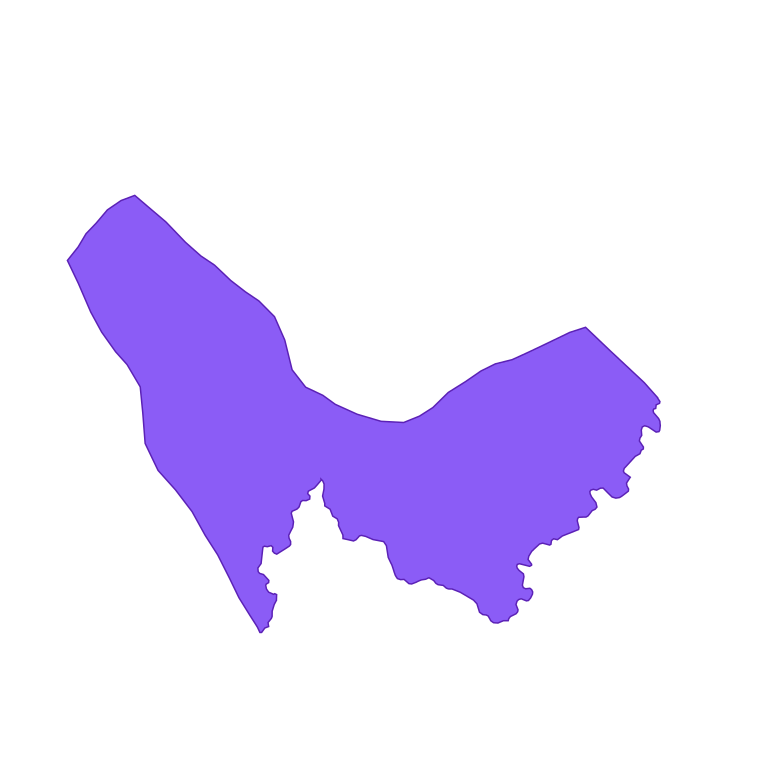 La Nya Pendé, Logone Oriental, Chad (Robinson projection), rotated 339°
{"feature_id": "50815135B51143570982343", "entity_name": "La Nya Pendé", "entity_type": "district", "adm_level": 2, "iso_a3": "TCD", "parent_name": "Chad", "parent_adm1": "Logone Oriental", "projection": "robinson", "projection_center": [16.781, 7.997], "detail": "fine", "context": "isolated", "style": "filled", "palette": "violet", "viewbox_px": 768, "rotation_deg": 339, "n_neighbors": 0, "source": "geoboundaries", "source_scale": "gbopen_adm2", "svg_char_len": 4851}
<svg xmlns="http://www.w3.org/2000/svg" viewBox="0 0 768 768"><g transform="rotate(339 384 384)"><path d="M309.7,358.9L303.3,337.8L307.1,307.4L305.9,281.9L297.0,261.7L287.5,248.1L278.0,232.4L268.4,212.3L258.9,198.8L249.4,180.5L238.5,154.6L226.7,133.0L218.9,118.6L204.3,118.5L188.2,122.3L172.9,130.7L159.7,136.9L147.5,146.5L132.7,155.2L134.7,180.3L136.0,211.8L139.0,234.4L145.0,257.8L151.1,273.8L155.4,299.3L148.4,324.7L139.7,353.9L142.1,383.7L151.4,408.1L159.1,434.4L162.8,461.1L167.5,483.9L170.2,510.4L172.0,531.6L174.9,546.7L175.9,551.9L178.0,562.1L178.7,565.8L179.1,571.5L179.3,571.6L180.7,572.1L185.3,569.1L189.4,569.1L189.9,566.7L190.3,565.1L191.7,564.3L191.9,564.2L194.8,562.5L195.5,561.8L196.3,560.8L197.1,558.7L197.4,558.0L198.2,556.0L202.5,550.5L204.8,548.5L205.9,547.5L206.0,547.5L208.3,542.1L207.2,541.0L206.9,540.6L205.9,540.7L205.6,540.8L205.2,540.4L201.7,537.0L201.1,534.5L200.8,533.3L201.4,529.6L202.0,529.0L202.3,528.6L205.1,528.1L206.1,526.1L203.2,518.7L200.0,516.2L199.3,514.1L200.3,510.6L204.9,507.6L209.9,497.9L212.5,492.9L213.5,492.7L214.1,492.5L216.8,494.1L217.7,494.2L218.1,494.2L220.7,494.5L221.2,495.5L221.7,496.6L220.1,500.1L220.9,502.3L221.1,502.7L221.9,503.4L222.9,504.4L232.5,502.5L237.6,501.4L239.3,500.4L240.4,497.5L240.1,494.1L240.5,492.3L240.9,491.0L244.1,488.0L247.5,485.0L248.9,482.5L250.1,480.3L251.1,471.4L252.5,469.9L253.7,469.8L256.3,469.7L258.3,469.5L259.3,469.0L260.6,468.4L264.2,464.1L266.3,463.6L269.5,465.0L273.4,464.8L273.8,463.9L274.7,462.1L274.0,460.4L273.5,459.0L273.6,458.8L274.9,457.0L276.0,456.8L281.8,456.1L285.7,454.1L290.8,451.3L291.1,450.3L291.9,452.1L292.1,452.6L292.2,455.9L290.3,460.6L286.5,466.6L285.9,474.4L285.4,475.5L285.0,476.6L288.8,481.6L288.8,486.3L288.8,489.0L290.1,490.7L292.0,493.1L292.1,496.9L291.3,498.7L290.8,499.9L291.5,510.2L290.7,512.6L290.3,513.6L294.6,516.4L299.3,519.6L300.5,519.5L302.0,519.4L305.2,517.8L305.5,517.6L306.7,517.0L308.8,517.3L310.2,518.3L312.3,519.7L318.0,525.3L327.2,531.0L328.3,535.8L325.8,547.4L326.3,554.1L326.4,554.5L326.5,556.2L326.3,560.4L326.1,563.3L326.0,566.6L326.3,568.4L326.8,570.5L329.4,572.6L332.7,573.6L333.4,574.9L335.7,579.3L338.2,580.6L339.9,580.6L342.2,580.6L343.0,580.6L344.7,580.4L346.7,580.3L347.7,580.3L348.8,580.3L352.9,581.2L355.8,581.0L356.6,581.0L358.4,583.3L360.0,585.3L361.0,588.7L362.5,590.7L367.2,593.3L367.9,594.8L368.4,595.7L369.0,596.9L370.7,598.4L372.6,599.2L374.1,599.8L377.8,603.2L380.6,605.8L390.2,617.9L390.6,619.0L392.0,622.5L391.5,629.7L391.4,631.3L393.6,634.7L396.7,636.3L398.1,637.9L398.6,641.3L398.7,641.9L398.8,643.2L399.3,644.0L400.7,646.1L403.0,647.2L404.4,647.8L404.7,648.0L406.7,647.9L410.7,647.8L415.2,649.5L415.9,648.4L416.5,647.7L418.7,646.4L425.0,645.8L426.7,644.8L427.2,644.5L427.6,643.8L428.2,642.9L428.2,637.2L430.3,634.5L430.4,634.4L430.9,634.2L432.4,633.5L435.1,633.7L438.5,636.8L439.2,637.5L441.3,637.9L443.1,636.9L444.2,636.3L447.3,633.4L448.0,632.0L448.3,631.4L448.2,630.0L448.1,628.8L447.3,627.5L447.0,627.0L442.8,625.9L441.5,624.5L441.1,624.0L441.1,622.4L441.1,621.4L442.7,618.8L445.5,614.2L445.6,613.9L446.1,611.2L443.3,606.4L442.4,603.7L442.6,601.6L443.8,600.2L445.7,600.3L446.0,600.3L454.6,606.4L455.4,606.3L456.8,606.1L457.2,605.2L456.0,600.7L455.6,599.5L457.5,596.6L459.3,595.2L462.0,593.1L463.4,592.6L465.1,591.8L470.9,589.5L471.8,589.1L472.7,589.2L475.0,589.4L478.2,591.7L480.9,593.7L482.4,593.5L483.6,591.3L484.3,590.1L486.9,589.3L490.1,591.5L493.0,590.7L496.0,589.8L513.5,589.6L514.6,587.8L515.4,580.9L515.7,580.5L516.5,579.1L517.3,578.6L517.6,578.4L518.0,578.2L522.2,579.6L524.9,580.6L526.4,580.4L527.1,580.3L529.0,579.2L533.0,576.8L536.2,576.6L536.6,576.4L538.7,575.2L539.3,570.7L537.8,565.5L537.3,563.7L537.1,560.4L537.6,558.2L539.1,557.2L541.7,557.3L542.2,557.7L544.5,559.3L547.0,559.0L548.7,558.8L551.3,559.7L553.9,565.7L556.0,570.3L556.3,570.9L556.4,571.2L559.5,573.6L563.1,574.4L564.5,574.2L565.6,574.0L570.5,572.6L573.7,571.6L574.4,570.3L574.7,569.7L574.3,566.1L574.9,563.4L579.8,559.8L580.5,559.3L577.1,554.0L576.4,553.0L576.4,552.5L576.3,551.1L578.1,548.8L580.2,547.8L592.6,541.6L595.4,541.2L598.0,540.8L599.4,539.2L600.4,538.0L602.8,537.6L603.6,535.8L603.5,535.4L602.0,528.7L603.5,526.3L605.5,524.8L606.2,524.3L607.7,519.2L609.8,516.6L610.7,516.6L612.4,516.4L615.0,518.4L615.5,518.9L620.8,526.4L622.7,526.8L623.6,527.0L624.8,526.0L627.1,521.7L627.5,520.0L628.2,517.7L628.0,514.7L626.1,509.3L625.4,507.4L625.6,506.0L625.9,504.9L626.7,504.2L626.9,504.0L628.9,504.2L630.0,502.2L630.6,501.0L632.1,500.9L634.3,500.8L635.3,499.3L634.8,496.9L634.4,495.1L634.6,494.9L629.3,480.9L627.5,476.1L625.1,471.1L607.0,433.9L592.5,403.3L575.9,402.4L551.9,404.4L530.0,406.1L512.3,407.2L495.2,405.1L479.1,406.6L460.9,411.0L441.0,414.9L421.2,423.5L405.6,426.7L388.6,427.0L367.9,417.8L348.1,402.6L331.2,385.5L322.8,372.6L309.7,358.9Z" fill="#8b5cf6" stroke="#5b21b6" stroke-width="1.5"/></g></svg>